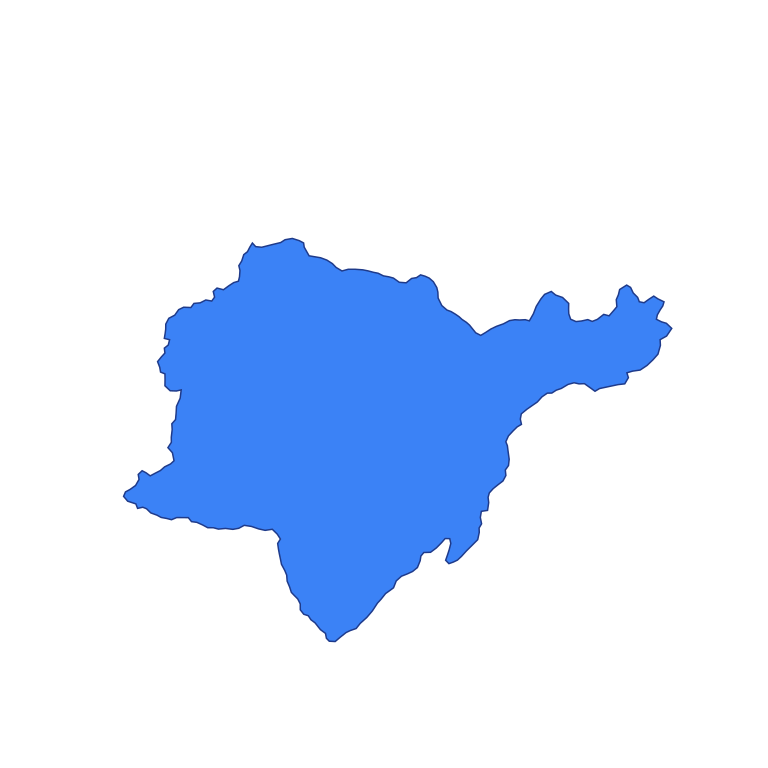 outline of Capão Bonito do Sul, Rio Grande do Sul, Brazil, rotated 237°
{"feature_id": "56859067B51661934602442", "entity_name": "Capão Bonito do Sul", "entity_type": "district", "adm_level": 2, "iso_a3": "BRA", "parent_name": "Brazil", "parent_adm1": "Rio Grande do Sul", "projection": "orthographic", "projection_center": [-51.394, -28.175], "detail": "fine", "context": "isolated", "style": "filled", "palette": "blue", "viewbox_px": 768, "rotation_deg": 237, "n_neighbors": 0, "source": "geoboundaries", "source_scale": "gbopen_adm2", "svg_char_len": 3771}
<svg xmlns="http://www.w3.org/2000/svg" viewBox="0 0 768 768"><g transform="rotate(237 384 384)"><path d="M573.9,350.4L571.9,346.1L569.3,341.5L568.9,336.9L564.7,331.7L562.3,326.7L557.6,325.0L552.6,321.2L549.5,317.9L550.9,313.2L550.9,307.5L550.5,300.7L555.4,296.2L554.6,291.2L549.1,289.2L547.4,284.7L551.5,280.3L552.2,274.0L555.1,268.5L553.3,263.7L557.5,257.8L558.2,252.3L555.7,246.0L556.3,239.3L553.1,233.6L548.9,230.8L545.6,228.0L541.9,224.6L537.9,228.3L534.2,224.3L533.7,219.3L529.3,217.1L527.9,211.8L526.1,206.3L520.1,205.0L515.7,203.1L511.8,205.8L507.0,202.8L501.8,199.3L494.8,201.0L491.2,206.1L489.5,210.7L483.1,205.3L478.3,197.8L472.8,193.8L467.7,189.8L466.2,184.4L461.1,181.5L455.2,176.6L450.9,173.9L448.3,168.1L441.6,169.1L434.0,166.1L433.2,161.4L434.0,154.9L433.2,149.3L433.8,143.4L434.3,137.9L439.1,136.1L443.0,133.9L442.0,128.6L437.4,126.6L434.2,120.4L433.9,113.6L434.3,108.4L431.6,104.4L425.3,105.2L418.6,110.6L413.9,109.6L412.0,114.6L408.7,116.9L402.9,118.2L397.6,122.2L393.5,124.4L389.5,128.6L385.9,131.9L384.9,137.4L381.6,142.4L378.5,147.1L373.4,147.6L369.9,151.7L364.6,155.1L359.5,157.9L356.4,162.6L352.5,166.1L349.2,172.4L344.4,178.1L342.1,183.6L341.6,189.8L336.8,195.2L330.7,200.0L326.0,204.6L323.0,211.2L316.3,212.7L310.4,212.7L308.2,208.0L303.1,205.6L298.5,203.7L294.1,202.0L288.6,199.8L281.5,199.2L276.7,198.3L271.4,195.4L265.2,194.3L259.7,192.8L255.4,193.6L250.7,194.6L245.2,194.0L240.2,190.8L234.6,191.3L230.9,194.3L226.1,194.3L221.2,196.1L212.6,196.9L206.7,199.1L202.1,197.2L198.1,198.0L194.6,202.8L195.5,209.5L196.2,216.8L195.6,221.4L194.1,227.5L196.2,233.7L197.6,242.5L200.1,250.8L203.8,259.2L205.1,264.3L207.4,271.2L207.6,276.0L207.9,281.0L212.2,287.0L213.3,293.9L212.0,300.3L211.2,305.9L211.9,312.1L216.1,318.1L219.6,321.2L221.0,325.6L217.5,331.4L218.0,338.6L219.6,345.9L221.1,351.1L218.5,354.9L213.9,353.2L209.5,348.4L206.4,344.6L202.6,339.7L198.0,340.6L196.9,345.1L196.3,349.7L197.3,355.3L199.1,362.1L202.4,377.8L207.7,383.1L211.4,385.3L213.6,389.7L219.6,392.1L224.2,396.3L221.6,402.0L227.5,407.2L232.3,409.6L235.3,413.0L236.8,418.7L237.4,424.5L237.9,431.0L240.9,436.4L245.8,438.9L247.8,444.0L252.7,448.0L260.6,451.7L265.1,453.9L269.2,454.7L272.7,460.1L274.4,466.9L275.5,472.4L275.3,477.3L280.3,479.2L284.2,482.9L285.0,490.1L285.2,495.9L285.4,502.8L287.2,509.5L287.4,516.0L285.0,519.8L285.0,525.1L283.7,530.3L283.4,538.2L281.5,544.1L277.9,547.6L275.1,552.3L268.8,554.8L263.0,557.0L262.8,562.3L256.0,580.0L253.0,586.0L256.2,592.4L261.1,593.8L259.4,599.5L256.2,606.4L256.3,614.7L257.8,622.7L259.8,630.0L265.9,636.9L270.8,639.7L270.3,647.1L273.9,655.6L281.1,653.9L285.0,650.6L289.9,647.7L293.1,650.9L295.8,656.1L297.6,660.3L300.4,663.6L306.2,660.1L310.8,658.1L310.8,652.3L310.5,646.4L313.9,642.9L318.5,643.9L324.6,642.6L330.7,643.4L334.8,641.4L334.9,633.1L331.2,629.2L328.2,624.7L322.0,621.4L320.6,616.9L318.6,609.9L322.7,606.2L322.0,598.1L323.1,592.7L327.0,590.0L329.3,583.9L331.8,579.0L336.7,575.8L342.2,577.2L346.1,579.5L351.0,582.8L359.3,580.9L365.1,576.4L370.5,574.7L371.7,567.5L369.9,561.9L366.2,554.0L361.5,547.5L357.8,540.3L361.0,537.5L363.8,532.6L366.6,528.8L368.8,523.8L369.4,517.0L371.1,509.8L371.9,503.8L371.9,496.3L372.1,491.6L377.0,488.8L386.8,487.8L390.8,486.7L395.7,484.6L399.6,483.6L403.7,481.9L408.2,479.7L411.7,477.1L418.3,475.2L426.6,476.2L431.7,479.2L436.1,480.8L442.9,481.1L448.2,479.6L452.1,477.1L455.6,474.1L455.5,469.2L457.5,464.6L456.8,457.7L461.0,452.2L467.7,449.6L471.3,446.4L475.0,442.4L480.1,439.4L483.4,436.0L487.6,432.2L491.3,428.4L496.0,422.2L499.7,416.5L501.7,410.3L507.9,407.3L513.0,406.3L519.0,403.6L524.4,399.6L532.3,391.0L542.2,391.6L546.1,393.4L550.4,391.0L556.0,386.4L558.9,379.6L558.9,374.4L561.5,367.1L565.3,355.9L569.1,351.2L573.9,350.4Z" fill="#3b82f6" stroke="#1e3a8a" stroke-width="1.5"/></g></svg>